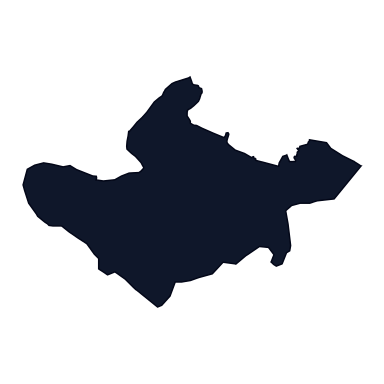 Jiblah, Ibb, Yemen (Albers equal-area conic projection)
{"feature_id": "15242507B54186769788160", "entity_name": "Jiblah", "entity_type": "district", "adm_level": 2, "iso_a3": "YEM", "parent_name": "Yemen", "parent_adm1": "Ibb", "projection": "albers", "projection_center": [44.129, 13.913], "detail": "fine", "context": "isolated", "style": "filled", "palette": "ink", "viewbox_px": 384, "rotation_deg": 0, "n_neighbors": 0, "source": "geoboundaries", "source_scale": "gbopen_adm2", "svg_char_len": 3683}
<svg xmlns="http://www.w3.org/2000/svg" viewBox="0 0 384 384"><path d="M190.0,77.0L188.7,77.9L175.5,82.0L172.0,83.6L165.4,89.4L164.1,92.0L163.8,92.1L162.7,94.9L161.8,96.2L159.3,97.8L154.3,102.0L146.9,112.2L145.5,113.8L143.1,116.5L142.8,116.7L142.7,117.0L137.1,122.2L133.3,126.9L129.4,131.4L128.7,131.4L128.1,136.1L127.1,141.2L126.7,146.3L127.0,149.1L128.7,150.7L129.0,151.0L131.6,153.4L135.5,156.4L141.1,162.6L142.4,165.1L142.9,166.1L143.4,166.5L143.7,167.2L143.4,168.5L140.9,171.2L138.9,172.6L138.7,172.6L134.4,172.8L129.1,173.1L124.2,175.0L121.4,176.1L114.8,179.8L103.4,181.0L96.0,179.9L96.6,178.0L96.3,176.3L92.7,176.0L76.5,169.6L70.0,165.6L63.1,166.9L51.7,164.2L43.6,162.9L40.6,163.7L39.7,163.9L34.7,165.2L27.3,169.3L23.1,184.9L24.6,190.4L28.7,203.2L36.5,214.1L36.7,214.5L37.7,216.3L43.6,221.1L45.1,222.3L47.5,223.8L49.0,225.4L52.8,225.9L55.3,225.9L61.6,225.9L61.7,226.0L69.0,231.8L78.0,238.0L86.8,243.7L88.5,246.0L89.4,247.3L89.6,247.5L92.2,251.2L93.4,252.8L94.2,254.0L94.3,254.1L96.3,256.1L98.7,258.5L98.7,264.6L98.7,267.6L98.7,268.9L100.0,269.8L103.9,272.3L104.9,273.0L105.2,273.2L107.5,274.8L108.4,274.5L115.0,271.8L115.7,272.4L117.2,273.4L121.8,276.7L123.1,277.6L125.3,279.2L133.7,287.6L134.7,288.5L135.7,289.5L136.7,290.1L157.6,307.0L161.7,305.3L170.0,296.1L175.2,282.0L177.4,282.0L181.5,282.0L183.2,281.7L190.4,280.5L196.8,278.2L199.2,277.4L212.3,273.8L217.7,268.0L222.2,263.1L223.1,262.2L235.8,263.9L235.9,264.0L240.1,260.5L245.8,255.7L248.0,254.3L259.4,246.5L264.7,247.0L268.5,247.4L272.2,252.3L274.0,254.7L272.8,257.7L271.2,261.9L271.1,262.0L271.6,262.4L273.6,264.4L276.3,266.1L281.2,264.2L282.1,263.8L282.9,261.8L286.5,252.7L289.7,250.8L290.6,245.6L288.0,223.9L285.7,211.0L286.1,210.3L291.6,205.5L300.1,203.2L301.8,203.2L302.6,203.2L304.4,203.2L309.7,203.2L311.9,202.5L313.5,201.9L317.1,200.8L334.1,198.9L361.0,166.0L360.9,166.0L360.6,165.8L358.7,164.5L354.4,161.8L354.3,161.7L354.0,161.4L352.8,160.9L342.4,155.7L341.3,155.0L340.2,154.3L330.8,148.4L330.5,148.0L326.5,142.7L318.9,141.4L309.5,139.8L309.4,140.6L309.1,141.4L308.3,142.1L307.9,143.7L307.2,144.4L303.4,145.4L301.6,145.9L300.6,146.2L299.9,146.4L299.9,146.6L299.7,147.7L299.0,148.3L298.2,148.4L297.3,148.3L297.1,148.5L297.3,148.7L297.6,149.1L298.1,149.8L298.8,150.3L298.6,151.2L298.4,151.3L297.4,152.0L297.2,152.8L297.2,153.9L296.7,155.0L296.8,156.1L295.6,156.4L294.8,156.3L294.3,156.8L294.1,157.8L295.3,159.8L295.7,160.9L295.4,161.6L294.8,161.6L293.9,161.5L292.8,161.6L290.7,161.6L289.5,161.6L288.3,158.9L286.8,155.0L286.7,155.1L282.8,156.4L280.0,161.5L279.3,162.7L279.2,162.9L278.6,166.3L278.3,166.3L262.1,162.0L261.5,161.9L255.8,160.4L255.7,159.2L255.3,159.3L255.3,158.8L255.1,158.4L254.9,158.3L254.4,158.3L254.2,158.2L253.8,157.9L253.7,157.7L253.6,157.3L253.6,157.1L253.5,156.9L253.5,156.7L253.3,156.7L252.7,156.9L252.3,157.1L251.6,157.7L250.7,157.1L244.5,153.5L235.2,150.1L234.0,149.1L228.5,144.6L227.1,142.8L226.9,141.7L227.0,140.4L227.5,138.5L228.4,135.7L228.8,134.1L228.0,132.7L226.2,133.0L225.5,135.5L224.4,137.3L223.2,137.3L212.3,132.8L211.9,132.6L205.3,129.7L203.0,128.7L201.9,128.2L197.2,125.8L196.6,125.5L196.1,125.4L194.5,125.3L194.0,125.3L193.4,125.0L192.7,124.6L191.6,124.0L191.0,123.6L190.6,123.5L190.3,122.9L190.3,121.2L189.4,119.5L187.7,116.9L187.1,115.9L187.1,115.4L187.1,113.9L187.2,111.1L187.4,110.7L187.5,110.8L187.7,110.2L188.0,109.7L190.1,108.6L191.4,107.7L191.7,107.4L193.8,105.7L198.4,101.3L199.6,98.7L200.0,97.3L200.7,95.1L200.7,94.8L201.0,94.1L202.0,92.8L202.1,91.2L201.8,89.8L201.5,88.6L199.2,87.8L198.9,87.3L198.3,85.8L197.6,85.5L197.5,85.4L193.6,84.8L193.2,84.6L192.3,83.6L192.2,83.5L192.2,83.4L191.6,81.4L190.0,77.0Z" fill="#0f172a" stroke="#020617" stroke-width="1.5"/></svg>